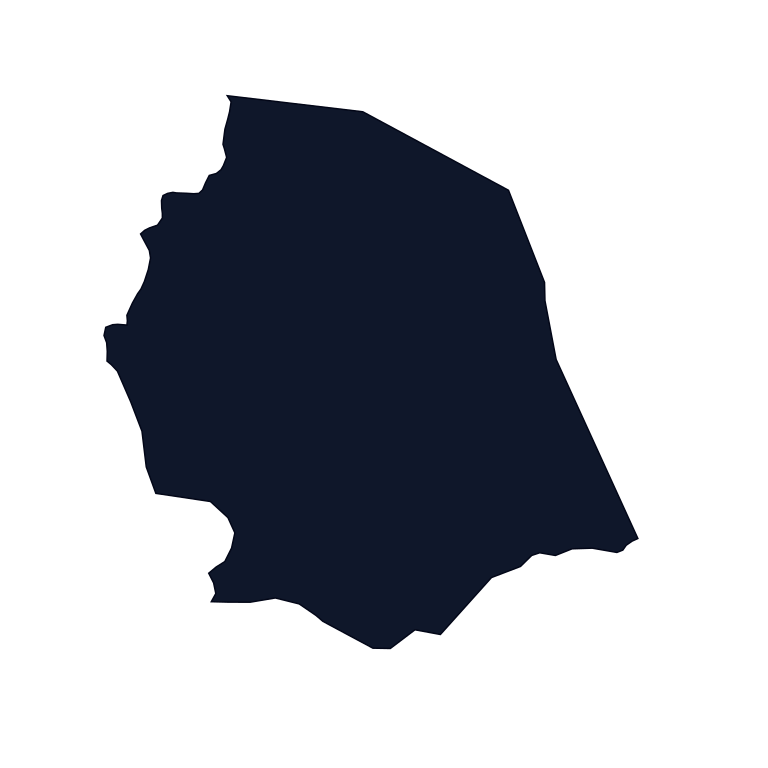 Boali, Ombella-M'Poko, Central African Republic, rotated 104°
{"feature_id": "33826404B11454155454969", "entity_name": "Boali", "entity_type": "district", "adm_level": 2, "iso_a3": "CAF", "parent_name": "Central African Republic", "parent_adm1": "Ombella-M'Poko", "projection": "natural_earth1", "projection_center": [18.06, 4.808], "detail": "fine", "context": "isolated", "style": "filled", "palette": "ink", "viewbox_px": 768, "rotation_deg": 104, "n_neighbors": 0, "source": "geoboundaries", "source_scale": "gbopen_adm2", "svg_char_len": 1275}
<svg xmlns="http://www.w3.org/2000/svg" viewBox="0 0 768 768"><g transform="rotate(104 384 384)"><path d="M528.0,207.4L514.6,199.2L510.1,192.1L508.9,176.2L498.4,161.6L492.9,142.2L491.1,117.3L487.4,112.1L481.9,110.0L476.4,105.2L472.5,100.3L318.6,222.9L264.2,248.0L246.6,252.8L165.9,310.1L125.0,470.4L142.2,605.8L147.2,600.6L157.1,599.7L164.7,599.7L175.2,600.0L180.4,599.4L190.4,598.2L194.3,595.8L202.2,591.5L211.1,592.7L215.6,594.0L220.3,597.6L223.9,604.0L231.8,605.8L239.6,607.0L243.8,609.7L245.4,614.6L246.7,621.6L248.8,631.6L249.1,635.2L251.4,640.1L254.6,644.0L259.8,644.3L267.2,642.2L271.9,640.4L276.6,639.2L284.7,642.2L289.2,649.2L292.8,653.4L297.3,656.5L302.8,651.6L311.2,644.0L318.2,641.0L330.0,640.4L342.6,641.3L350.7,642.8L356.0,644.9L366.4,647.7L379.5,650.1L384.8,648.3L389.0,647.7L390.5,656.8L392.1,661.6L396.3,667.7L404.7,667.4L411.0,663.1L419.3,660.4L428.8,658.3L431.1,653.4L436.0,645.8L462.6,625.4L488.4,607.4L522.0,594.6L545.3,578.9L540.0,524.0L551.4,503.1L564.5,492.7L580.1,492.2L594.8,495.5L602.2,502.6L610.0,508.3L618.2,501.2L628.0,496.5L637.0,498.9L633.3,482.3L628.1,461.1L617.9,437.7L617.9,413.1L625.0,394.0L629.1,385.8L643.0,330.9L639.1,313.9L615.0,294.5L613.4,268.7L545.8,232.9L528.0,207.4Z" fill="#0f172a" stroke="#020617" stroke-width="1.5"/></g></svg>